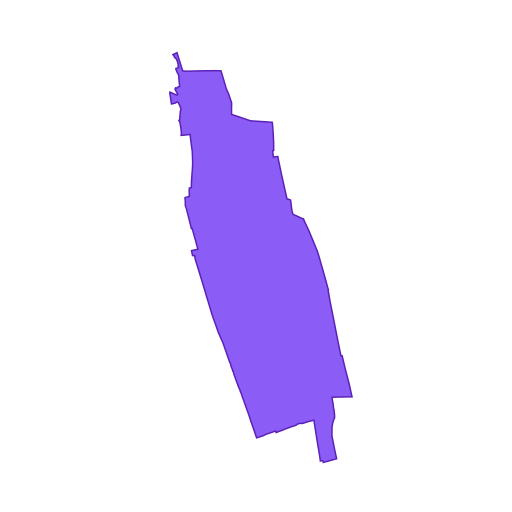 Smardan, Galati, Romania, rotated 165°
{"feature_id": "2599482B33788792508328", "entity_name": "Smardan", "entity_type": "district", "adm_level": 2, "iso_a3": "ROU", "parent_name": "Romania", "parent_adm1": "Galati", "projection": "mercator", "projection_center": [27.93, 45.569], "detail": "fine", "context": "isolated", "style": "filled", "palette": "violet", "viewbox_px": 512, "rotation_deg": 165, "n_neighbors": 0, "source": "geoboundaries", "source_scale": "gbopen_adm2", "svg_char_len": 5591}
<svg xmlns="http://www.w3.org/2000/svg" viewBox="0 0 512 512"><g transform="rotate(165 256 256)"><path d="M297.7,392.0L295.7,391.6L292.7,391.1L292.3,391.1L292.2,391.1L288.3,390.4L288.6,387.8L289.5,381.5L290.3,375.2L290.3,374.7L290.5,373.7L290.6,373.0L291.2,370.5L291.8,367.8L292.8,363.4L293.5,361.0L294.1,358.9L294.5,357.9L294.9,356.6L295.6,354.5L296.4,352.3L297.4,349.4L298.0,347.8L299.0,344.7L300.8,338.8L302.8,338.9L303.6,336.4L304.4,333.3L305.0,330.8L309.4,330.8L309.7,330.0L310.0,328.4L310.1,327.3L310.4,326.3L310.6,325.4L310.9,324.3L311.2,323.3L311.2,322.6L311.2,322.1L311.0,320.4L311.0,318.9L311.3,299.2L310.6,299.2L310.5,297.6L310.4,285.2L310.4,277.6L316.9,277.9L317.2,272.8L315.1,272.2L315.5,269.6L315.5,268.3L315.0,254.1L314.7,246.0L314.3,233.9L314.3,232.3L314.1,226.0L313.9,219.6L313.7,213.2L313.6,210.3L313.4,206.8L313.1,204.0L312.8,200.5L312.2,192.2L311.6,188.0L310.7,182.3L310.5,181.9L310.4,180.5L310.3,179.0L309.6,169.8L309.4,166.8L309.2,163.8L308.9,160.0L308.6,159.2L308.5,158.7L308.6,158.1L308.6,157.4L308.6,155.4L308.5,154.4L308.3,153.5L308.2,152.2L308.2,151.0L307.9,151.0L307.9,149.9L307.9,149.2L307.9,148.4L307.9,146.7L307.8,145.8L307.7,144.7L307.3,139.9L307.1,137.5L307.0,136.6L306.8,134.3L306.2,130.5L306.2,128.9L305.9,127.6L305.6,122.7L305.2,118.6L304.7,111.7L304.3,107.4L304.0,103.1L303.8,98.9L303.7,97.4L303.0,88.1L302.5,80.2L301.7,80.3L300.6,80.2L298.9,80.4L297.8,80.4L295.2,80.6L293.7,80.9L292.3,81.2L287.3,81.5L282.5,81.9L282.2,80.2L278.6,80.7L277.4,80.7L272.0,81.4L269.8,81.5L269.1,81.6L266.3,81.9L261.5,82.1L258.8,83.0L257.3,82.9L255.5,82.7L255.2,82.4L254.8,82.2L250.8,82.4L247.8,82.5L242.6,82.4L245.0,59.6L246.0,49.1L246.1,48.0L246.7,42.7L246.9,41.3L246.0,41.3L244.8,41.2L244.6,40.9L244.4,39.2L239.2,39.2L230.6,39.3L230.1,49.4L229.8,53.7L229.3,61.6L229.2,62.4L229.0,63.6L228.8,64.0L227.0,70.5L226.9,70.8L226.3,72.3L225.3,74.4L225.0,75.1L223.8,77.0L222.8,78.3L221.8,79.7L221.5,81.2L221.3,82.0L221.1,82.6L221.0,84.0L220.7,85.5L220.5,86.4L220.5,87.2L220.5,88.7L220.4,89.5L220.0,91.7L219.8,93.5L219.7,94.8L219.5,97.6L219.0,99.9L211.9,98.2L210.0,97.7L208.6,97.3L207.6,97.1L206.0,96.7L203.4,96.1L201.6,95.6L199.7,95.1L199.4,101.9L199.1,108.4L199.0,124.3L198.6,137.5L199.8,137.6L199.4,144.0L198.6,157.3L197.6,171.5L196.2,193.1L196.0,195.4L195.4,201.5L195.4,202.4L195.3,203.1L195.3,203.3L195.3,203.5L195.2,203.9L195.1,204.0L194.9,204.3L194.8,204.6L194.8,204.8L194.9,206.5L194.9,207.4L194.9,207.9L194.9,209.4L194.9,210.1L194.9,211.4L194.9,212.1L194.9,212.8L194.9,213.6L194.9,214.3L194.9,214.9L194.9,215.6L194.9,216.2L194.9,216.3L194.9,217.0L195.0,219.2L195.0,220.6L195.0,224.2L195.0,226.5L195.1,228.9L195.2,232.1L195.2,235.6L195.3,240.8L195.5,244.6L195.6,245.8L195.9,247.8L196.6,253.4L198.4,266.8L200.3,277.4L200.5,279.6L202.2,280.5L202.6,281.0L203.6,281.9L204.7,282.8L206.9,284.6L209.1,286.3L209.3,286.6L209.5,287.7L209.6,288.6L209.5,290.9L209.0,294.7L208.2,300.3L208.2,301.0L208.4,301.4L209.3,302.0L210.6,302.8L211.3,303.0L210.4,324.5L210.1,331.0L209.9,334.0L209.9,335.3L209.7,337.3L209.6,340.2L209.4,343.6L209.2,346.5L213.6,347.1L212.7,353.4L211.7,353.3L211.5,353.5L210.9,356.1L209.9,359.8L209.7,360.6L207.8,369.2L206.7,375.1L206.1,378.2L205.7,380.7L205.1,380.7L205.8,381.0L207.9,381.7L210.4,382.6L225.5,387.7L225.8,387.8L226.2,388.0L226.9,388.4L242.9,399.1L241.7,404.0L240.7,407.4L239.9,410.2L240.4,417.8L240.5,419.5L241.4,425.4L241.6,434.4L241.9,444.0L248.7,445.9L262.5,449.4L267.9,450.7L269.7,451.2L270.4,451.3L271.5,451.5L271.8,451.6L275.6,452.6L276.6,452.9L278.9,453.8L279.7,472.8L284.8,472.0L284.2,471.9L283.9,471.8L283.7,471.6L283.6,471.4L283.6,471.1L283.5,470.7L283.4,470.1L283.3,469.7L283.3,469.3L283.3,469.1L283.3,468.9L283.0,468.8L282.9,468.6L282.8,468.3L282.7,468.1L282.5,467.8L282.3,467.5L282.1,467.2L282.0,466.9L281.9,466.5L281.8,466.2L281.8,465.8L281.7,465.6L281.7,465.2L281.7,464.9L281.6,464.6L281.6,464.2L281.6,463.6L281.6,463.3L281.6,463.0L281.6,462.7L281.6,462.1L281.6,461.3L281.6,460.5L281.6,460.3L281.6,460.2L281.9,460.0L282.0,460.0L282.0,459.8L282.0,459.5L281.9,459.3L282.0,458.8L281.9,458.6L281.9,458.3L281.9,458.2L283.4,457.9L284.0,457.9L284.8,457.9L284.9,457.4L285.0,457.1L285.0,456.9L285.0,456.7L285.0,456.4L285.0,456.1L284.9,455.7L284.8,455.4L284.7,454.7L284.7,454.4L284.6,454.0L284.6,453.7L284.5,453.3L284.5,452.9L284.2,452.5L284.1,452.2L284.1,451.9L284.0,451.7L284.0,451.4L284.0,451.1L284.0,450.7L284.0,450.4L284.0,450.1L284.0,449.9L284.1,449.6L284.1,449.3L284.2,449.2L284.3,448.8L284.3,448.4L284.4,448.1L284.5,447.8L284.6,447.1L284.7,446.9L284.7,446.6L284.8,446.3L284.8,446.0L284.9,445.5L284.9,445.3L285.0,445.0L285.1,444.6L285.2,444.4L285.2,444.2L285.3,443.3L285.4,442.7L285.4,442.4L285.4,442.0L285.5,441.5L285.5,441.2L285.6,440.7L285.7,440.4L285.8,440.2L285.9,439.8L285.9,439.6L288.4,439.3L289.2,438.4L290.2,439.2L291.1,438.1L290.9,437.2L290.6,435.8L290.1,433.8L290.0,432.9L290.0,432.7L289.9,432.4L290.1,432.3L290.3,432.2L290.5,432.1L290.7,431.9L291.3,432.2L291.5,432.3L291.8,432.6L296.7,436.6L296.8,436.3L296.9,436.0L297.1,435.5L298.2,425.7L298.3,424.7L297.5,424.7L296.2,424.6L295.7,424.6L294.5,424.6L294.4,424.7L293.6,424.9L293.4,424.9L292.6,425.2L292.0,425.1L291.7,424.8L291.4,424.0L291.0,422.5L290.9,422.1L290.7,420.9L290.6,419.8L290.5,418.3L290.7,416.8L291.8,415.0L292.5,412.9L293.7,409.6L293.8,409.2L293.9,408.8L294.0,408.4L294.3,407.7L294.7,407.3L295.1,407.2L295.4,407.0L295.5,406.7L295.4,406.3L295.1,406.2L294.9,406.0L294.9,405.6L294.9,404.7L295.4,399.9L295.3,399.2L295.5,398.6L296.3,393.8L296.6,392.7L296.8,392.3L296.9,392.2L297.0,392.2L297.3,392.1L297.7,392.0Z" fill="#8b5cf6" stroke="#5b21b6" stroke-width="1.5"/></g></svg>